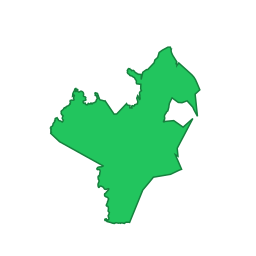 the district of San Miguel del Puerto, Oaxaca, Mexico, rotated 31°
{"feature_id": "50627088B61133778664315", "entity_name": "San Miguel del Puerto", "entity_type": "district", "adm_level": 2, "iso_a3": "MEX", "parent_name": "Mexico", "parent_adm1": "Oaxaca", "projection": "natural_earth1", "projection_center": [-96.143, 15.951], "detail": "fine", "context": "isolated", "style": "filled", "palette": "green", "viewbox_px": 256, "rotation_deg": 31, "n_neighbors": 0, "source": "geoboundaries", "source_scale": "gbopen_adm2", "svg_char_len": 5743}
<svg xmlns="http://www.w3.org/2000/svg" viewBox="0 0 256 256"><g transform="rotate(31 128 128)"><path d="M63.0,126.9L64.1,129.3L64.3,128.9L64.4,127.9L64.5,127.6L64.9,127.6L65.3,127.7L65.8,130.3L66.0,130.6L67.1,131.3L67.2,131.6L67.1,132.1L66.8,132.4L66.1,132.8L65.3,133.1L64.3,134.2L64.4,134.5L64.8,135.3L65.0,135.4L65.4,135.4L65.6,136.5L66.0,136.8L66.1,137.1L65.7,137.5L65.9,137.9L65.7,138.7L65.1,140.0L64.9,140.4L64.6,140.6L64.0,141.6L64.2,142.7L64.0,142.9L63.5,142.9L63.4,143.0L63.2,143.2L63.2,143.7L62.8,144.1L63.0,145.1L62.9,145.5L62.1,147.8L62.1,148.1L62.5,148.7L62.8,149.1L63.3,150.1L63.8,150.2L64.2,150.6L64.8,150.8L65.7,150.8L65.9,150.9L66.2,151.5L66.2,152.3L66.6,153.6L68.0,154.4L68.5,154.4L68.7,155.6L68.7,156.6L68.2,156.8L66.7,156.7L65.2,157.2L64.4,157.1L63.8,156.6L63.5,156.4L62.7,156.5L62.5,156.3L61.9,155.7L61.8,155.8L61.5,156.4L61.0,156.8L60.8,157.2L60.8,157.8L61.6,159.1L61.8,159.2L61.8,159.4L61.6,159.5L61.4,159.7L61.8,160.6L61.9,161.1L61.6,162.0L61.6,163.1L62.1,164.1L62.2,165.3L62.0,165.8L61.4,166.5L61.8,167.5L61.5,167.8L61.5,168.0L62.4,168.1L62.8,168.4L62.9,168.8L62.7,169.3L63.6,170.3L63.8,171.0L64.4,171.2L64.2,171.5L64.5,172.4L76.4,175.0L126.2,173.3L126.2,173.6L124.9,175.3L124.1,175.6L123.0,176.6L122.8,176.8L122.5,177.1L122.2,178.6L122.3,178.9L122.8,179.4L123.3,179.4L124.8,178.4L125.2,178.4L125.5,178.5L126.5,179.4L126.9,180.8L127.5,182.1L127.9,183.4L128.1,183.8L127.4,184.3L127.4,184.9L127.6,185.5L129.0,187.3L129.8,187.6L130.4,188.1L130.7,188.6L130.8,189.4L131.1,191.2L131.6,192.3L132.7,193.6L133.4,194.0L133.7,193.9L133.8,193.6L134.0,192.1L134.8,191.7L136.3,191.5L137.6,191.6L139.1,192.4L139.8,192.4L140.7,192.0L142.4,190.1L142.9,190.1L143.1,191.5L143.0,192.0L142.8,192.5L142.8,192.9L142.5,194.2L142.5,195.0L141.9,196.4L142.3,197.4L143.0,198.2L143.4,198.3L144.4,198.3L144.7,198.4L144.8,198.4L145.3,198.1L145.6,198.1L146.5,198.2L147.7,198.6L148.0,199.1L148.0,200.0L148.4,200.5L148.4,200.9L148.3,201.4L148.8,202.7L149.0,204.8L149.2,205.5L149.8,205.9L150.7,205.5L151.9,206.1L152.7,207.1L153.6,209.2L153.8,209.5L154.2,209.7L155.6,210.1L155.9,211.4L156.1,212.0L156.2,212.4L156.0,213.1L156.6,213.9L156.9,214.4L157.6,214.6L157.9,214.9L158.3,215.6L158.5,216.4L158.1,217.3L157.6,217.5L156.5,217.1L156.3,217.0L155.3,217.8L155.2,218.1L155.2,218.3L155.4,218.6L155.9,219.1L157.3,218.6L157.6,218.6L158.1,219.0L158.5,218.9L161.6,218.0L162.7,217.7L163.5,217.7L163.9,217.4L164.8,217.2L165.3,216.8L165.7,216.7L166.0,215.8L166.6,215.3L169.0,214.4L169.7,213.8L170.3,213.4L170.7,213.5L171.1,212.8L171.3,212.7L172.3,212.2L174.0,211.7L174.1,211.1L174.4,210.8L174.6,210.3L175.0,209.7L176.0,209.2L176.4,208.8L177.2,208.4L178.0,208.1L172.6,173.5L174.0,164.7L175.1,157.1L188.3,145.8L193.8,137.5L195.2,135.8L182.3,126.5L185.4,126.5L180.6,120.0L178.7,86.5L174.8,98.9L163.4,98.1L155.3,104.1L155.4,104.3L155.2,104.3L155.2,104.2L155.1,102.9L154.9,103.0L154.7,101.3L154.4,100.6L154.1,100.2L153.6,99.9L153.2,99.1L152.7,97.8L152.9,95.4L152.7,94.5L153.3,92.8L152.3,89.2L151.5,87.5L150.8,85.5L150.4,81.6L150.3,79.5L157.9,80.2L161.3,78.5L164.6,74.3L172.9,76.8L174.9,78.3L181.5,82.2L168.1,64.4L169.9,58.3L163.9,53.9L160.9,51.8L158.1,50.4L155.3,49.5L138.0,46.1L137.7,49.1L137.4,48.5L137.0,48.2L136.3,48.3L135.9,47.8L135.9,47.4L136.1,47.0L135.7,46.6L135.8,46.2L128.9,42.7L126.5,41.0L125.4,39.9L124.5,38.5L124.5,38.0L124.0,38.1L122.7,36.9L120.6,38.1L117.4,43.5L115.8,47.2L117.1,52.2L116.0,55.8L116.8,58.6L114.8,67.8L113.8,68.4L112.0,72.6L114.3,79.7L112.0,75.4L111.8,75.3L111.6,75.6L111.0,75.6L110.1,76.1L109.8,76.4L109.4,76.6L108.8,76.5L108.2,76.8L107.4,76.7L107.2,76.5L106.6,76.7L104.6,76.4L104.1,76.0L102.7,75.9L102.5,76.1L101.7,77.0L101.0,76.6L99.9,76.5L98.9,76.6L98.8,76.4L98.5,76.7L98.0,76.7L97.9,77.0L97.7,77.5L97.8,78.5L97.7,78.9L97.7,79.0L98.3,79.4L98.5,79.6L98.6,80.3L98.8,80.7L99.3,81.1L99.6,81.2L100.1,81.4L100.9,81.4L102.8,82.0L104.8,81.4L105.8,81.6L107.6,81.5L109.5,82.7L110.6,83.0L110.9,83.2L111.5,84.5L112.0,85.1L112.6,85.6L113.0,85.5L114.2,85.0L114.5,84.7L114.9,84.7L116.5,83.9L118.7,87.9L120.8,89.5L120.0,89.3L119.8,90.0L119.6,91.5L119.9,92.3L120.7,93.1L121.5,94.1L121.6,94.5L122.2,95.3L123.3,96.6L123.4,97.2L123.4,97.6L123.2,97.7L120.7,96.1L120.3,95.5L119.6,95.1L119.6,95.4L120.0,96.6L120.0,97.3L120.2,98.0L120.7,98.4L122.8,100.3L123.1,101.1L123.2,101.5L123.4,101.7L123.7,102.5L123.2,102.8L122.8,103.5L122.0,104.3L121.8,104.5L121.9,105.2L121.9,106.0L121.3,106.4L120.6,106.4L120.0,106.8L120.0,107.6L120.2,108.0L120.6,108.3L121.0,108.8L119.1,109.8L118.1,107.7L115.5,108.7L114.2,107.8L111.1,121.8L109.3,123.0L109.0,123.3L94.3,116.5L93.9,117.0L92.0,117.5L91.2,117.7L89.8,118.3L89.3,118.2L88.5,117.7L88.2,117.6L88.0,117.4L87.8,117.1L86.5,116.3L86.4,116.0L85.8,115.5L85.2,115.3L84.7,114.5L83.3,114.1L83.0,114.7L82.0,114.5L81.8,114.7L81.7,114.9L81.7,115.2L82.1,115.6L82.5,115.9L82.9,116.5L83.0,116.9L83.3,117.0L84.4,116.6L84.8,116.8L85.5,117.7L86.4,118.3L86.7,118.4L86.4,119.3L86.4,119.8L86.6,121.0L86.9,121.9L86.7,122.4L85.8,124.0L84.9,124.9L84.8,125.3L84.8,125.9L84.4,126.0L84.0,125.9L83.7,125.6L83.4,125.7L83.2,126.0L83.2,126.8L82.8,127.2L82.2,127.3L81.5,127.2L81.2,127.4L81.2,127.7L81.4,128.7L81.1,129.1L79.9,129.6L79.0,129.3L78.9,129.0L78.6,128.7L78.3,128.7L77.7,129.4L77.2,129.6L76.2,129.0L75.9,128.4L75.8,128.0L76.2,127.4L76.7,126.9L77.5,125.7L77.4,125.5L76.5,124.8L76.1,123.6L75.4,123.4L74.7,123.5L74.0,123.8L73.4,123.6L73.2,123.4L72.6,121.9L71.8,121.0L71.1,120.6L70.4,120.4L69.5,120.4L68.8,120.6L68.3,121.0L67.8,122.2L67.0,122.7L66.2,122.5L65.5,121.6L65.2,121.0L64.9,120.9L64.6,121.1L64.5,121.7L64.8,123.1L64.7,123.4L64.4,123.7L63.9,123.6L63.6,123.2L63.6,122.0L63.4,121.2L63.0,120.9L62.7,121.1L62.4,121.8L62.4,122.3L62.6,122.5L62.8,123.6L62.8,125.5L63.0,126.4L63.0,126.9Z" fill="#22c55e" stroke="#15803d" stroke-width="1.5"/></g></svg>